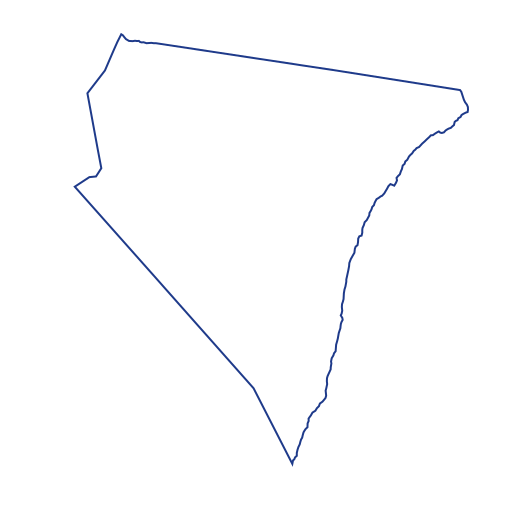 Currais, Piauí, Brazil (Equal Earth projection), rotated 188°
{"feature_id": "56859067B97651801569527", "entity_name": "Currais", "entity_type": "district", "adm_level": 2, "iso_a3": "BRA", "parent_name": "Brazil", "parent_adm1": "Piauí", "projection": "equal_earth", "projection_center": [-44.85, -8.733], "detail": "fine", "context": "isolated", "style": "outline", "palette": "blue", "viewbox_px": 512, "rotation_deg": 188, "n_neighbors": 0, "source": "geoboundaries", "source_scale": "gbopen_adm2", "svg_char_len": 2468}
<svg xmlns="http://www.w3.org/2000/svg" viewBox="0 0 512 512"><g transform="rotate(188 256 256)"><path d="M66.5,428.0L66.4,430.2L66.9,433.0L68.2,435.2L70.3,437.3L71.9,439.7L74.1,444.2L75.5,447.1L77.0,448.7L205.9,450.9L238.1,451.2L244.1,451.3L284.1,451.7L384.7,452.8L386.7,452.5L389.3,452.5L394.0,451.5L397.1,452.0L399.0,451.6L400.6,451.8L401.9,452.7L403.8,452.3L405.8,452.3L408.0,451.6L411.7,451.3L415.0,452.7L417.1,454.6L418.5,456.0L420.3,456.8L423.1,448.6L425.7,439.5L431.4,418.7L445.6,393.7L427.5,339.4L421.4,321.4L425.5,312.5L432.0,310.9L445.1,299.4L348.7,217.4L342.4,212.0L240.0,124.7L191.1,55.2L190.9,58.7L189.8,60.0L189.3,62.0L187.8,63.8L188.2,66.7L187.9,70.0L187.4,72.8L186.5,75.5L186.2,78.3L185.8,80.6L185.0,82.5L184.8,84.9L184.4,88.0L183.7,89.7L182.8,91.6L181.2,93.6L181.6,97.4L180.9,100.0L181.3,102.3L180.4,104.1L179.5,105.7L178.3,108.8L175.7,111.0L174.5,113.8L172.8,116.0L172.2,118.8L169.9,121.0L168.4,123.4L167.4,125.1L167.1,127.5L168.3,132.4L168.0,134.8L167.7,139.0L168.4,141.9L168.7,144.9L168.4,147.0L167.7,149.4L167.1,151.4L166.3,154.1L166.5,156.3L166.4,160.1L167.0,162.0L166.8,165.3L165.5,168.4L165.2,170.5L163.9,172.8L164.3,179.4L163.8,182.9L163.5,185.6L163.3,191.3L162.4,196.2L162.5,198.6L162.5,200.5L162.2,202.3L161.3,204.8L161.9,206.7L163.8,209.0L163.2,210.8L163.0,213.8L163.9,217.5L164.1,220.3L163.6,222.9L163.3,225.5L163.8,231.4L163.7,235.2L163.2,238.2L163.0,243.0L163.3,245.3L163.0,249.2L162.6,254.6L162.5,256.7L162.4,258.8L162.6,262.1L161.7,266.1L160.1,270.2L159.0,272.9L159.1,276.9L158.6,279.2L157.0,280.8L156.9,283.9L157.2,287.5L156.4,289.9L154.3,290.9L154.0,293.9L154.4,296.6L154.4,298.6L153.5,301.6L153.1,304.6L151.3,307.0L150.5,309.2L149.5,311.9L149.6,314.5L148.7,316.5L148.1,318.3L147.7,320.8L146.3,322.7L145.9,325.3L145.2,327.3L144.5,329.1L142.6,330.6L140.8,332.4L139.5,333.2L137.7,335.8L136.5,338.7L135.6,340.8L134.6,343.6L132.9,345.9L131.1,345.5L128.9,344.9L127.6,347.9L126.9,350.5L127.7,352.9L126.5,354.9L124.9,356.9L124.3,360.1L123.6,362.4L123.3,366.0L121.7,367.9L121.3,370.4L119.6,372.3L118.3,375.9L117.0,377.8L115.7,379.3L114.4,382.1L113.1,383.4L112.0,385.2L109.7,386.6L107.1,390.4L104.8,393.1L103.2,395.2L100.8,398.1L99.7,399.8L97.6,400.3L96.0,401.9L94.1,403.5L92.3,404.8L90.7,403.8L89.1,403.7L87.1,404.6L85.7,406.7L84.0,408.2L82.7,409.1L80.9,410.0L79.6,411.7L78.2,413.2L77.9,416.5L76.8,417.7L75.4,418.5L74.8,420.6L72.8,422.1L72.1,424.2L70.6,425.5L68.2,427.2L66.5,428.0Z" fill="none" stroke="#1e3a8a" stroke-width="2"/></g></svg>